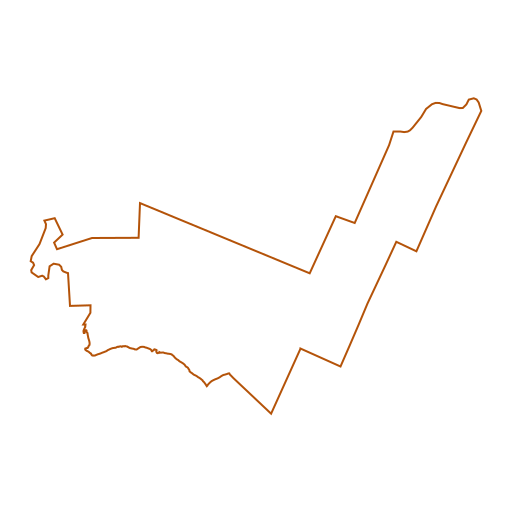 Viisoara, Teleorman, Romania
{"feature_id": "2599482B74354015678393", "entity_name": "Viisoara", "entity_type": "district", "adm_level": 2, "iso_a3": "ROU", "parent_name": "Romania", "parent_adm1": "Teleorman", "projection": "mercator", "projection_center": [25.189, 43.787], "detail": "fine", "context": "isolated", "style": "outline", "palette": "amber", "viewbox_px": 512, "rotation_deg": 0, "n_neighbors": 0, "source": "geoboundaries", "source_scale": "gbopen_adm2", "svg_char_len": 5436}
<svg xmlns="http://www.w3.org/2000/svg" viewBox="0 0 512 512"><path d="M481.3,110.9L478.7,102.5L476.6,99.5L473.8,98.3L468.8,99.6L466.4,104.4L462.8,108.0L459.5,108.1L442.6,104.1L439.4,103.0L435.6,102.9L432.0,104.2L426.1,108.9L421.2,117.0L412.6,127.7L410.0,130.3L407.7,131.6L404.2,132.1L400.1,131.5L393.5,131.5L389.1,145.1L354.7,223.0L335.8,216.2L309.7,273.3L140.0,203.1L138.6,237.8L92.0,238.0L57.0,249.2L54.1,242.6L62.6,234.6L54.7,218.2L44.4,220.6L46.0,224.2L45.7,228.1L39.5,244.1L31.7,256.1L30.7,261.2L33.1,262.7L34.1,265.1L31.2,270.1L31.6,272.4L38.2,277.0L42.2,275.7L43.9,276.6L45.9,279.3L48.3,278.1L48.3,275.4L49.6,266.3L53.6,263.7L59.1,264.7L61.2,266.8L61.9,269.9L63.3,271.4L66.8,272.8L68.0,273.1L70.0,305.9L90.5,305.3L90.4,312.8L83.3,324.5L85.5,324.5L85.4,325.0L85.4,325.7L85.3,325.9L85.1,326.2L85.2,326.4L85.3,326.8L85.2,327.0L85.0,327.5L84.6,328.1L84.3,328.8L84.1,329.2L84.0,329.5L83.8,330.0L83.7,330.4L83.5,330.8L83.5,331.4L83.6,332.0L83.7,332.7L83.8,333.0L84.1,333.0L84.5,333.0L84.6,332.7L84.6,332.2L84.7,331.7L84.9,331.1L85.2,330.7L85.5,330.4L85.8,330.2L86.1,330.2L86.3,330.3L86.5,330.5L86.5,330.9L86.5,331.4L86.5,331.8L86.7,332.1L86.9,332.4L87.2,332.7L87.4,332.9L87.5,333.3L87.5,333.5L87.6,333.9L87.6,334.2L87.7,334.8L87.8,335.4L87.9,335.8L88.0,336.2L88.1,336.9L88.2,337.4L88.3,337.9L88.5,338.6L88.8,339.5L89.0,340.3L89.3,341.2L89.4,341.8L89.5,342.4L89.6,343.0L89.6,343.6L89.6,344.0L89.4,344.7L89.5,344.9L89.4,345.1L89.2,345.2L89.0,345.5L88.8,345.7L88.7,345.8L88.6,346.2L88.5,346.6L88.3,346.9L88.2,347.1L87.9,347.3L87.9,347.6L87.8,347.8L87.7,347.9L87.5,348.0L87.2,348.0L87.0,347.9L86.8,348.0L86.5,348.2L86.1,348.3L85.7,348.4L85.3,348.5L85.2,348.8L85.2,349.1L85.2,349.4L85.3,349.6L85.4,349.8L85.6,350.0L86.1,350.4L86.6,350.7L86.8,350.9L87.4,351.1L88.1,351.5L88.6,351.8L88.9,352.0L89.0,352.1L89.4,352.4L89.6,352.7L89.9,352.9L90.1,353.1L90.5,353.2L90.8,353.4L91.1,353.7L91.1,353.8L91.2,354.3L91.4,354.6L91.6,354.7L91.8,355.0L92.1,355.4L92.3,355.5L92.6,355.5L92.8,355.5L93.0,355.5L93.4,355.6L93.6,355.6L93.8,355.5L94.0,355.6L94.3,355.5L94.6,355.5L95.0,355.5L96.1,355.0L96.8,354.7L97.3,354.5L98.1,354.2L98.3,354.1L99.0,354.0L99.6,353.7L100.2,353.6L100.6,353.4L101.1,353.2L101.8,352.9L102.2,352.7L102.8,352.5L103.7,352.2L104.2,352.0L104.9,351.7L105.5,351.5L106.2,351.2L106.6,351.0L107.0,350.7L107.6,350.2L108.8,349.7L109.7,349.2L110.3,349.0L110.7,348.8L111.2,348.6L111.8,348.4L112.4,348.2L112.7,348.1L113.2,348.0L113.7,348.0L113.9,348.0L114.4,347.8L114.8,347.8L115.2,347.8L115.7,347.7L116.3,347.4L117.0,347.0L117.3,346.9L117.7,346.8L118.0,346.7L118.3,346.9L118.6,346.9L118.9,346.8L119.3,346.5L119.7,346.5L120.0,346.4L120.3,346.3L120.8,346.3L121.1,346.4L121.4,346.7L121.6,346.8L121.9,346.8L122.1,346.6L122.5,346.4L122.8,346.2L123.1,346.2L123.4,346.3L123.8,346.2L124.3,346.3L124.5,346.3L124.8,346.1L125.1,346.0L125.4,346.1L125.8,346.3L126.3,346.4L126.9,346.4L127.3,346.6L127.8,347.0L128.0,347.0L128.3,347.1L128.5,347.3L128.7,347.5L129.1,347.6L129.4,347.8L130.0,348.1L130.3,348.2L130.7,348.2L131.1,348.3L131.4,348.4L132.3,348.6L133.1,348.7L133.8,348.9L134.2,349.0L134.5,349.2L134.8,349.4L135.2,349.4L136.0,349.5L136.5,349.5L137.0,349.3L138.1,348.5L139.7,347.5L140.1,347.2L140.6,347.0L141.4,346.9L141.8,346.8L142.3,346.8L143.0,346.8L143.5,346.9L144.0,346.9L144.3,347.0L144.8,347.2L145.1,347.4L145.4,347.5L146.1,347.6L146.6,347.7L147.0,347.9L147.6,348.1L148.3,348.4L149.1,348.7L149.5,348.8L150.1,349.1L150.8,349.6L151.3,350.1L151.7,350.7L151.8,351.2L152.0,351.2L152.3,351.2L152.4,350.8L152.6,350.7L152.9,350.6L153.3,350.4L153.8,350.1L154.0,349.8L154.2,349.4L154.5,349.3L156.5,350.0L156.6,350.5L156.4,351.1L156.3,351.3L156.3,351.6L156.4,352.0L156.7,352.6L157.0,353.0L157.3,353.1L157.5,353.1L157.8,353.2L158.1,353.0L158.3,352.8L158.6,352.8L159.1,352.8L159.4,352.8L159.5,352.7L159.6,352.4L159.6,352.2L159.8,352.3L159.9,352.6L160.0,352.6L160.4,352.6L160.9,352.7L161.5,352.6L162.2,352.5L163.2,352.5L163.6,352.6L164.0,352.8L164.5,353.0L164.9,353.1L165.6,353.2L166.3,353.3L167.1,353.5L167.8,353.7L168.3,353.7L169.1,353.8L169.8,353.9L170.7,354.1L171.7,354.4L172.0,354.8L172.7,355.3L173.5,355.9L174.0,356.5L174.7,357.4L175.3,358.0L176.3,358.9L177.0,359.4L177.4,359.7L178.1,360.0L178.8,360.6L179.1,361.0L180.0,361.6L180.6,361.9L182.6,363.1L183.3,363.6L183.9,364.1L184.5,364.6L184.7,364.8L185.1,365.5L185.9,366.5L186.3,366.8L186.8,367.0L187.3,367.3L187.7,367.6L188.0,367.9L188.3,368.5L188.6,369.0L188.9,369.3L189.1,369.6L189.3,370.0L189.5,370.9L189.6,371.4L189.9,371.6L190.4,372.1L191.2,372.7L191.8,373.0L192.1,373.3L192.6,373.7L193.3,374.3L194.2,374.9L194.7,375.1L195.2,375.3L195.8,375.6L196.7,376.1L197.6,376.8L198.4,377.4L198.9,377.6L199.3,377.8L200.0,378.3L200.7,378.8L201.4,379.4L201.6,379.6L202.0,379.9L202.3,380.1L202.6,380.4L202.8,380.9L203.0,381.2L203.5,381.7L204.1,382.2L204.5,382.8L205.4,384.0L206.8,386.2L207.4,385.6L207.8,384.8L208.7,383.8L209.1,383.4L209.5,383.0L210.1,382.4L210.9,381.7L211.8,381.0L212.4,380.7L213.3,380.2L215.0,379.4L215.7,379.1L216.3,378.9L217.3,378.5L218.4,378.0L218.9,377.7L219.8,377.2L220.9,376.4L221.5,376.0L222.7,375.3L223.4,375.0L224.0,374.8L224.7,374.7L225.6,374.4L227.0,374.0L228.2,373.5L228.8,373.4L229.0,373.4L229.3,373.4L229.4,373.6L229.7,374.2L229.8,374.4L230.1,374.8L230.7,375.3L233.4,378.1L271.1,413.7L300.3,349.1L300.4,348.5L340.5,366.5L349.5,345.9L358.5,325.0L367.5,303.5L385.4,265.4L396.3,241.8L416.4,251.3L436.1,206.4L466.1,142.6L481.3,110.9Z" fill="none" stroke="#b45309" stroke-width="2"/></svg>